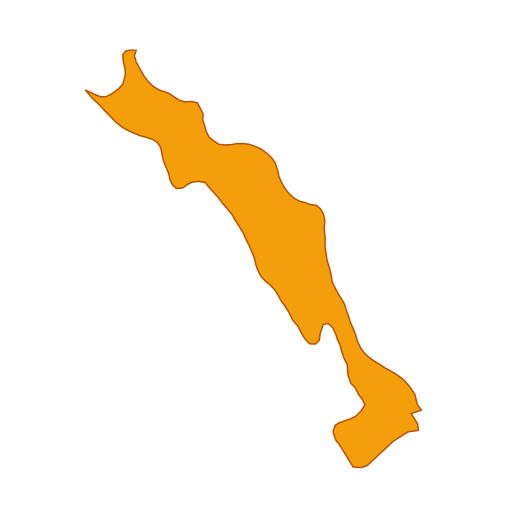 outline of IV-1 Moblissa/La Reconnai, Demerara-Mahaica, Guyana, rotated 135°
{"feature_id": "73187651B62691017600789", "entity_name": "IV-1 Moblissa/La Reconnai", "entity_type": "district", "adm_level": 2, "iso_a3": "GUY", "parent_name": "Guyana", "parent_adm1": "Demerara-Mahaica", "projection": "natural_earth1", "projection_center": [-58.193, 6.469], "detail": "fine", "context": "isolated", "style": "filled", "palette": "amber", "viewbox_px": 512, "rotation_deg": 135, "n_neighbors": 0, "source": "geoboundaries", "source_scale": "gbopen_adm2", "svg_char_len": 2428}
<svg xmlns="http://www.w3.org/2000/svg" viewBox="0 0 512 512"><g transform="rotate(135 256 256)"><path d="M259.3,494.1L259.6,490.4L260.2,484.9L260.1,479.0L259.9,473.4L260.3,466.1L260.3,458.7L260.5,450.1L259.5,441.3L257.3,433.9L255.1,428.3L253.0,423.3L250.2,418.4L246.6,411.7L245.5,405.5L246.8,399.8L250.2,395.0L254.1,388.8L257.1,381.7L259.4,376.1L262.9,370.7L264.7,365.6L264.6,360.0L259.6,355.9L254.1,355.1L248.9,353.4L243.8,349.3L239.9,343.8L240.8,336.4L241.0,329.6L241.4,323.5L242.5,316.0L243.0,308.9L243.7,302.1L245.4,296.0L246.8,289.4L248.6,281.7L251.1,275.4L253.7,267.7L256.4,260.9L259.0,254.8L262.1,250.3L264.9,244.4L266.8,238.4L267.2,232.2L266.6,226.8L266.6,219.4L267.8,213.6L269.9,206.7L270.7,200.9L272.6,192.9L275.3,185.1L276.0,176.8L278.2,170.0L279.9,163.6L280.2,156.1L276.2,151.7L270.8,151.6L265.9,155.5L261.3,157.9L256.9,160.0L252.7,157.3L252.5,150.9L254.9,144.3L257.4,139.5L259.7,133.3L262.8,128.0L266.0,121.8L268.2,114.7L272.2,110.4L275.7,105.8L278.9,98.9L279.0,92.9L281.4,85.2L282.2,79.3L284.2,73.8L291.8,72.1L298.2,72.1L303.7,73.8L309.9,76.7L314.9,79.2L319.9,80.3L325.8,77.3L329.8,69.4L330.4,63.7L336.5,38.1L331.1,31.9L325.6,29.2L308.2,28.6L290.2,28.0L279.0,25.6L272.8,24.1L264.6,17.9L260.5,22.8L257.6,34.8L248.0,30.1L246.9,36.9L241.5,45.9L240.2,52.4L239.4,58.6L239.2,64.3L240.4,73.1L241.9,78.6L244.0,86.0L245.3,92.8L246.8,98.4L247.8,104.9L248.0,110.5L247.2,116.4L244.7,123.6L241.2,130.0L238.3,136.8L235.8,143.1L233.0,148.4L230.0,154.6L227.5,159.4L226.0,164.8L224.8,170.4L222.7,177.3L220.7,183.2L217.2,188.3L214.1,192.9L211.4,197.8L208.8,202.7L205.2,207.5L202.1,212.0L198.6,215.8L194.7,219.5L191.4,223.6L188.1,227.5L182.9,231.7L178.6,237.9L177.1,243.3L177.5,249.2L181.3,254.1L183.6,259.2L186.6,264.2L188.1,269.7L188.5,276.0L187.9,282.5L186.5,288.0L183.9,295.4L180.4,300.6L176.6,308.3L175.5,314.2L175.8,321.9L176.9,328.7L179.6,335.3L182.0,340.0L185.2,344.1L190.3,349.2L195.0,352.4L200.2,357.3L203.4,361.4L204.5,367.6L205.2,373.2L203.0,379.6L200.2,384.2L197.6,389.7L193.0,393.9L190.9,399.9L189.2,405.8L192.3,410.8L197.2,415.2L200.0,420.1L201.4,426.3L202.4,432.2L204.7,437.0L207.1,441.9L208.6,447.8L208.9,455.0L208.1,461.8L206.0,469.2L203.7,477.7L200.4,483.6L195.4,486.1L198.8,490.1L203.0,493.0L208.0,492.5L212.1,487.7L215.9,481.4L220.0,476.7L224.2,474.2L228.7,471.7L234.2,471.4L239.5,472.0L244.4,473.0L249.5,474.7L253.5,478.9L255.8,484.4L259.3,494.1Z" fill="#f59e0b" stroke="#b45309" stroke-width="1.5"/></g></svg>